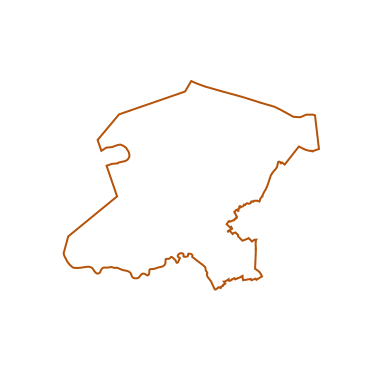 Het Hogeland, Groningen, Netherlands, rotated 340°
{"feature_id": "6326949B63985747686653", "entity_name": "Het Hogeland", "entity_type": "district", "adm_level": 2, "iso_a3": "NLD", "parent_name": "Netherlands", "parent_adm1": "Groningen", "projection": "orthographic", "projection_center": [6.588, 53.413], "detail": "fine", "context": "isolated", "style": "outline", "palette": "amber", "viewbox_px": 384, "rotation_deg": 340, "n_neighbors": 0, "source": "geoboundaries", "source_scale": "gbopen_adm2", "svg_char_len": 5884}
<svg xmlns="http://www.w3.org/2000/svg" viewBox="0 0 384 384"><g transform="rotate(340 192 192)"><path d="M235.8,258.7L234.7,258.3L234.3,258.3L233.8,258.4L233.7,258.5L233.6,258.4L233.0,258.5L232.0,259.0L231.5,259.1L229.5,254.8L229.3,254.9L226.6,254.9L226.2,255.0L222.7,255.0L220.1,249.3L220.3,248.6L220.6,248.1L219.6,246.2L219.0,244.9L217.1,244.8L215.8,245.4L214.3,241.4L212.8,241.6L212.7,241.6L212.7,241.4L212.3,241.4L212.3,241.1L213.5,240.8L214.1,240.8L215.4,240.5L217.2,240.2L216.9,238.1L215.7,238.4L213.5,234.1L215.9,232.4L216.3,232.3L216.9,232.3L217.2,232.1L217.3,232.2L217.4,232.4L217.3,232.7L217.4,232.9L217.5,232.9L220.9,232.7L221.3,232.9L221.8,233.0L222.0,232.9L222.0,232.6L222.4,232.2L222.9,232.1L223.3,232.2L223.6,232.2L223.8,232.1L223.7,231.8L223.9,231.6L224.2,231.6L224.4,231.8L225.0,231.8L225.1,231.6L225.1,231.4L225.1,231.2L225.5,231.0L225.7,230.8L225.8,230.3L225.7,230.2L225.4,229.8L225.4,229.1L225.5,228.7L225.1,226.8L224.9,226.3L225.0,225.8L224.9,225.4L225.0,225.2L225.5,225.3L226.3,224.4L226.7,224.2L227.5,224.2L228.3,224.1L228.8,225.6L229.2,225.5L228.7,224.0L230.2,223.9L231.1,223.6L231.3,223.4L231.3,222.9L231.1,222.6L231.1,222.4L231.4,222.0L232.1,221.8L232.3,221.7L232.9,222.8L233.2,222.9L234.3,222.8L234.9,222.9L235.5,222.7L236.2,222.0L236.4,222.3L236.7,222.3L236.8,221.7L237.5,221.9L237.7,222.2L238.4,221.8L238.7,221.8L238.9,221.8L239.5,221.4L240.0,221.4L241.2,222.4L242.1,222.6L242.6,222.6L243.6,222.2L243.7,221.8L243.8,221.7L244.0,221.4L244.8,221.2L245.2,221.3L245.3,221.4L245.7,221.9L246.0,222.1L246.3,222.1L246.7,221.5L247.3,221.4L248.7,221.9L249.3,222.3L249.6,222.4L250.1,222.3L251.6,223.6L252.1,224.0L252.8,223.3L253.6,222.0L254.1,221.5L255.0,220.9L255.7,220.7L255.9,220.3L256.3,219.9L256.6,220.0L256.6,219.8L257.5,219.0L258.5,217.8L262.4,214.5L264.6,212.3L266.0,210.6L271.8,203.3L273.8,201.8L273.9,201.6L274.8,201.2L276.2,200.2L278.1,199.3L279.0,198.7L279.9,197.9L280.1,197.9L281.1,196.6L283.2,193.3L283.9,193.2L284.3,193.3L284.6,193.5L285.1,194.0L285.3,194.3L285.3,194.8L285.2,195.0L285.1,195.3L285.3,195.5L286.1,195.3L286.7,195.1L288.5,197.9L308.0,185.8L308.2,186.0L309.4,187.4L309.9,187.8L310.0,188.0L313.0,191.0L315.1,192.6L318.0,194.3L319.1,195.0L319.2,194.7L319.4,194.9L326.0,195.0L333.8,162.0L332.2,160.7L325.8,158.4L319.5,158.8L313.1,156.1L303.6,145.3L298.8,140.2L287.7,132.1L271.8,119.9L256.0,108.7L240.1,97.2L232.8,91.0L229.2,87.5L219.9,95.2L150.0,94.1L121.1,110.8L120.9,122.3L126.7,121.0L132.4,122.5L134.2,122.4L136.5,122.4L139.1,122.6L140.8,122.9L143.3,125.1L145.2,128.0L146.2,132.7L145.8,136.1L144.8,137.9L142.5,139.6L139.9,140.1L133.0,139.2L132.1,139.7L126.4,138.2L120.7,138.1L120.1,170.5L60.5,191.4L50.4,205.7L50.3,206.4L50.2,207.4L50.3,209.5L50.5,210.7L50.8,213.1L51.0,214.6L51.4,215.9L51.7,217.1L52.5,219.1L53.0,220.0L53.5,221.0L54.4,222.3L55.0,222.8L58.5,224.3L61.2,225.0L68.3,226.5L69.2,226.8L69.7,227.1L71.4,228.3L71.7,228.6L72.1,229.1L72.6,230.4L72.7,230.8L73.1,232.9L74.1,235.2L74.5,235.7L74.9,236.1L75.3,236.3L75.8,236.5L76.4,236.5L77.0,236.5L77.5,236.4L78.5,235.7L79.8,234.2L80.7,233.5L81.1,233.3L82.1,232.9L83.1,232.8L84.3,233.2L87.1,234.3L89.6,234.7L90.6,235.0L91.4,235.5L93.0,236.7L94.0,237.1L95.7,237.5L98.9,240.5L100.8,242.1L102.6,243.0L103.7,243.8L104.9,244.7L105.5,245.4L105.9,245.9L106.2,246.4L106.5,247.1L106.7,248.0L106.6,249.1L106.7,250.5L106.8,251.1L106.9,251.6L107.4,252.4L107.7,252.9L108.6,253.4L109.9,254.0L110.9,254.2L111.7,254.3L112.7,254.2L113.3,253.9L115.0,252.8L116.3,252.1L117.2,251.8L117.7,251.9L118.3,252.0L119.4,252.6L120.3,253.6L121.1,254.7L121.4,255.0L121.7,255.2L122.4,255.2L123.0,254.9L123.6,254.3L124.2,253.3L124.9,251.7L125.3,250.8L125.7,250.5L126.4,250.2L127.1,250.4L129.2,251.1L130.2,251.3L131.4,251.3L134.8,251.4L138.0,251.9L139.4,251.8L141.0,251.3L142.2,250.4L142.4,250.2L143.0,249.2L143.8,247.1L144.1,246.5L144.4,246.2L144.7,246.0L145.2,246.1L146.9,246.8L147.8,246.8L148.9,246.5L150.0,246.0L150.4,245.9L150.7,246.1L151.3,246.9L152.8,249.7L153.1,250.4L153.2,251.2L153.3,253.0L153.5,253.3L153.9,253.5L154.5,253.4L155.2,252.9L155.6,252.6L156.7,251.2L157.0,250.9L157.7,250.5L158.0,250.1L158.0,249.8L157.9,249.5L157.0,248.6L156.8,248.3L156.6,247.8L156.7,247.4L156.8,247.0L157.1,246.6L157.7,246.2L159.0,245.7L160.0,245.6L160.6,245.7L161.4,246.0L162.1,246.5L162.5,247.0L162.6,247.4L162.7,247.8L162.6,248.3L162.0,249.2L162.0,249.4L162.1,249.7L162.3,250.1L163.3,250.5L164.8,250.9L165.6,250.9L166.2,250.7L166.5,250.5L166.7,250.1L167.0,249.1L167.4,248.9L168.3,249.0L169.6,249.7L170.4,250.5L170.6,250.8L170.7,251.4L170.7,251.9L170.0,253.1L170.1,253.4L171.1,254.7L172.8,257.5L176.4,263.0L177.7,265.2L178.6,267.0L178.6,267.3L178.6,267.8L178.5,268.6L178.3,269.5L178.2,270.7L178.2,271.2L178.6,272.1L178.7,273.3L178.6,273.6L177.9,274.3L177.7,274.6L177.6,275.0L177.6,275.5L177.6,276.8L177.7,277.4L178.3,279.1L178.8,280.9L179.5,283.0L179.4,284.1L179.4,284.4L179.6,286.1L180.1,291.3L181.0,291.8L181.6,291.5L184.2,290.7L184.2,291.0L184.3,291.0L185.5,291.2L186.2,292.0L186.6,291.6L186.8,291.0L187.1,290.9L187.8,290.9L188.1,290.8L188.3,290.9L188.5,290.9L188.5,290.7L188.9,290.4L189.1,290.6L190.0,290.0L190.0,289.7L190.6,289.6L190.6,289.8L191.9,289.5L191.6,288.0L191.7,287.9L191.4,287.1L192.6,287.4L194.5,287.0L196.1,286.6L195.9,286.9L196.1,287.4L196.4,287.4L196.7,287.6L196.7,287.8L196.6,288.2L196.9,288.4L197.5,288.4L199.1,288.2L199.2,287.8L199.8,287.7L202.4,287.5L202.6,288.8L204.9,288.8L204.9,288.7L207.9,288.6L209.1,288.7L209.1,288.8L209.7,288.8L209.7,288.2L210.8,288.1L210.4,289.2L209.9,292.4L217.6,293.8L217.6,294.2L217.5,294.8L217.6,295.2L222.2,295.2L222.5,296.5L228.6,295.3L228.9,295.3L228.9,295.2L228.8,294.1L228.7,292.8L228.4,291.9L227.9,289.9L227.4,289.0L225.9,287.0L225.7,286.5L225.0,285.8L232.5,267.6L232.6,267.3L232.4,267.2L232.5,266.9L233.2,265.5L233.4,264.4L233.8,263.1L234.0,262.7L234.4,261.6L235.0,260.6L235.6,259.0L235.6,258.8L235.8,258.7Z" fill="none" stroke="#b45309" stroke-width="2"/></g></svg>